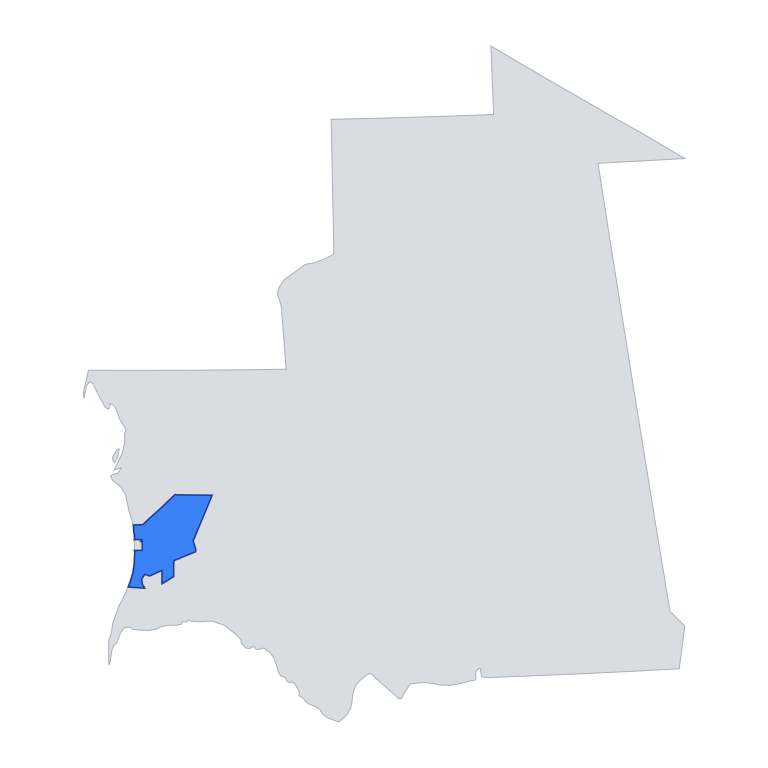 Ouad Naga, Trarza, Mauritania shown in context
{"feature_id": "47542326B19423449459947", "entity_name": "Ouad Naga", "entity_type": "district", "adm_level": 2, "iso_a3": "MRT", "parent_name": "Mauritania", "parent_adm1": "Trarza", "projection": "albers", "projection_center": [-15.755, 18.145], "detail": "fine", "context": "in_parent", "style": "filled", "palette": "blue", "viewbox_px": 768, "rotation_deg": 0, "n_neighbors": 0, "source": "geoboundaries", "source_scale": "gbopen_adm2", "svg_char_len": 4135}
<svg xmlns="http://www.w3.org/2000/svg" viewBox="0 0 768 768"><path d="M329.6,718.7L328.5,718.3L322.9,714.5L320.2,710.0L315.7,706.6L309.7,704.4L305.7,701.8L303.8,698.9L301.6,696.9L299.2,696.0L299.0,694.9L299.5,693.4L298.9,690.7L295.3,684.7L292.0,682.0L289.2,682.5L287.6,681.8L286.6,680.5L286.2,678.5L284.2,676.8L280.9,676.2L278.2,671.7L276.0,663.5L273.3,657.1L270.1,652.6L267.8,650.9L266.1,650.6L265.5,649.9L265.0,648.5L262.5,648.1L259.0,649.5L255.8,649.1L254.3,646.9L252.1,646.7L249.4,648.6L246.3,648.1L243.0,645.2L241.1,642.3L240.8,639.4L235.0,633.6L223.9,625.1L211.8,621.1L198.8,621.7L191.5,621.3L189.9,620.0L188.3,620.1L186.7,621.7L185.0,622.0L183.2,621.2L182.0,621.8L181.6,624.1L177.0,625.2L168.3,625.3L161.3,626.6L155.9,629.3L148.3,630.5L138.5,630.1L132.6,629.1L130.5,627.5L127.7,627.1L124.1,628.0L120.8,632.2L117.9,640.0L115.5,644.4L113.6,645.5L111.6,651.2L110.4,660.9L108.7,665.1L108.7,641.0L111.6,632.1L112.5,624.2L118.6,606.7L125.8,592.5L132.4,573.5L134.9,555.1L134.1,537.1L132.2,521.1L128.9,510.6L125.7,495.2L121.0,487.1L112.4,480.1L110.5,475.9L112.5,474.4L117.8,473.4L121.1,467.9L114.1,470.0L122.3,453.1L124.8,441.7L124.5,434.1L126.0,429.5L119.8,419.4L115.1,406.7L112.6,404.7L110.0,403.6L109.8,406.6L108.4,409.2L105.4,407.6L100.1,398.4L92.7,383.3L90.2,381.8L88.0,383.8L86.6,385.8L84.0,398.3L83.3,393.3L84.4,387.4L86.3,380.3L88.4,370.2L94.8,370.3L106.3,370.3L129.3,370.4L140.8,370.4L163.7,370.3L175.2,370.3L198.2,370.2L209.7,370.1L232.7,369.9L244.1,369.8L267.1,369.5L278.6,369.3L286.2,369.2L285.6,362.1L285.2,356.4L284.6,348.8L284.0,341.3L283.4,333.7L282.9,326.7L282.3,319.6L281.8,313.0L281.4,307.0L280.7,303.5L278.2,296.7L277.6,293.3L278.2,289.6L279.7,286.2L284.1,279.9L290.7,275.1L298.4,269.4L304.2,265.1L307.2,264.0L316.4,262.4L323.7,259.1L330.7,255.9L333.6,254.1L333.8,248.3L331.2,119.3L365.7,118.5L374.8,118.3L438.3,116.5L447.4,116.2L493.6,114.5L493.4,108.5L493.1,99.8L492.6,87.9L492.1,75.9L491.3,54.9L490.9,46.1L500.3,51.6L518.9,62.6L528.3,68.0L547.0,79.0L565.8,89.9L584.7,100.7L594.1,106.2L603.6,111.6L613.0,117.0L622.5,122.4L641.5,133.1L649.4,137.6L661.7,144.9L673.1,151.7L684.7,158.5L667.5,159.5L644.6,160.8L629.0,161.6L613.0,162.5L598.0,163.3L599.9,175.3L601.9,188.5L604.0,201.7L606.1,214.9L608.1,228.1L614.4,267.7L616.5,280.9L618.6,294.1L620.7,307.3L622.8,320.6L627.0,347.0L629.1,360.3L631.2,373.5L633.4,386.8L635.5,400.0L637.6,413.3L641.9,439.8L644.1,453.0L646.2,466.3L648.4,479.5L650.5,492.8L652.7,506.0L654.8,519.3L657.0,532.5L661.4,559.1L663.6,572.3L665.7,585.6L667.9,598.8L670.1,611.6L676.6,618.1L684.7,626.2L683.2,638.4L681.3,652.9L679.2,668.8L657.8,669.9L636.7,671.1L583.9,673.6L573.4,674.1L520.6,676.3L510.0,676.7L489.6,677.5L483.6,677.3L481.4,676.2L480.3,668.1L478.5,668.6L476.5,671.1L475.5,673.7L476.0,677.1L475.7,680.0L469.0,681.3L459.9,683.6L450.3,685.3L440.5,685.1L437.2,684.6L433.6,683.6L425.8,682.6L421.6,682.7L416.8,683.1L411.1,683.9L409.3,685.4L405.1,691.6L401.1,698.8L398.4,698.8L395.2,695.0L386.7,688.0L376.3,678.7L371.5,674.0L369.0,673.5L364.3,677.0L360.2,680.3L356.0,685.1L354.1,689.6L352.6,694.8L352.1,701.1L350.6,708.3L347.2,714.2L343.1,718.6L340.0,720.8L338.8,721.9L329.6,718.7ZM117.7,457.5L114.5,462.7L113.0,460.7L112.5,457.2L115.4,452.3L116.7,449.8L119.2,448.9L117.7,457.5Z" fill="#d9dde1" stroke="#a8b0b8" stroke-width="1"/><path d="M175.1,494.5L167.8,501.4L164.8,504.3L156.4,512.2L154.2,514.1L148.8,518.9L142.9,524.6L133.5,525.0L133.7,527.2L133.7,528.1L133.8,528.4L133.6,530.0L133.8,531.9L133.8,532.8L134.2,533.5L134.2,534.0L134.5,534.5L134.5,535.9L134.5,537.0L134.8,538.4L134.2,539.7L136.7,539.6L139.2,539.6L141.9,539.6L140.7,541.5L142.2,541.5L142.2,544.2L142.2,547.5L142.2,550.4L137.9,550.4L134.2,550.4L134.8,551.9L134.7,553.2L134.5,556.1L134.4,559.8L134.4,561.7L134.3,564.2L133.8,567.1L133.7,568.1L133.1,571.9L132.1,575.6L131.3,578.6L130.0,582.5L128.3,587.1L144.8,588.2L143.7,586.3L142.5,584.6L142.2,583.0L141.7,578.9L144.9,574.4L149.7,576.0L161.9,570.4L162.0,583.8L173.7,576.6L173.7,571.4L173.7,562.7L174.4,560.3L178.8,558.8L179.8,558.2L195.6,551.7L195.8,549.9L195.7,549.1L193.2,540.8L212.2,495.2L176.1,494.8L175.1,494.5Z" fill="#3b82f6" stroke="#1e3a8a" stroke-width="1.5"/></svg>